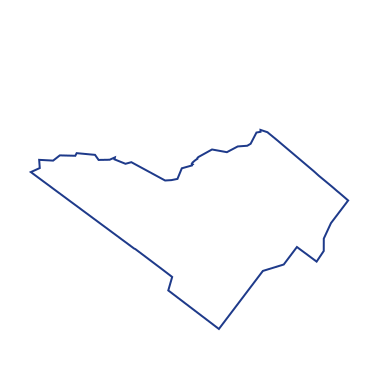 Leon, Florida, United States of America, rotated 37°
{"feature_id": "52423323B61850216097396", "entity_name": "Leon", "entity_type": "district", "adm_level": 2, "iso_a3": "USA", "parent_name": "United States of America", "parent_adm1": "Florida", "projection": "robinson", "projection_center": [-84.336, 30.479], "detail": "fine", "context": "isolated", "style": "outline", "palette": "blue", "viewbox_px": 384, "rotation_deg": 37, "n_neighbors": 0, "source": "geoboundaries", "source_scale": "gbopen_adm2", "svg_char_len": 1040}
<svg xmlns="http://www.w3.org/2000/svg" viewBox="0 0 384 384"><g transform="rotate(37 192 192)"><path d="M216.4,98.8L209.3,101.2L210.5,102.7L207.7,105.7L209.8,118.2L208.3,121.8L201.1,128.1L195.9,139.2L182.4,146.0L176.2,159.9L176.0,160.4L175.9,161.8L176.0,162.2L176.3,162.3L176.2,162.7L176.0,162.9L176.0,163.2L175.6,164.2L175.2,165.8L175.0,166.8L174.9,167.5L174.7,167.9L174.7,168.5L174.9,168.8L174.9,169.4L175.5,169.3L175.8,169.4L175.5,169.7L175.4,170.1L175.5,170.4L175.9,170.6L176.0,170.8L169.6,179.2L172.5,190.3L168.4,194.9L163.6,199.0L125.6,204.7L121.9,209.5L110.4,212.6L109.6,210.8L106.8,215.8L98.1,222.6L92.2,220.7L76.5,230.4L77.0,233.3L64.4,242.3L62.2,250.5L50.6,258.3L56.0,264.5L51.3,273.1L179.7,272.0L181.1,271.7L215.2,271.7L227.3,271.8L232.3,284.9L295.9,285.2L296.1,212.4L308.9,194.7L308.9,172.8L333.4,172.6L332.7,159.8L325.3,149.9L321.7,133.2L321.8,104.8L309.4,104.0L308.6,104.0L306.8,103.9L302.7,103.6L292.6,103.1L283.4,102.7L276.8,102.1L228.9,99.4L216.9,98.9L216.4,98.8Z" fill="none" stroke="#1e3a8a" stroke-width="2"/></g></svg>